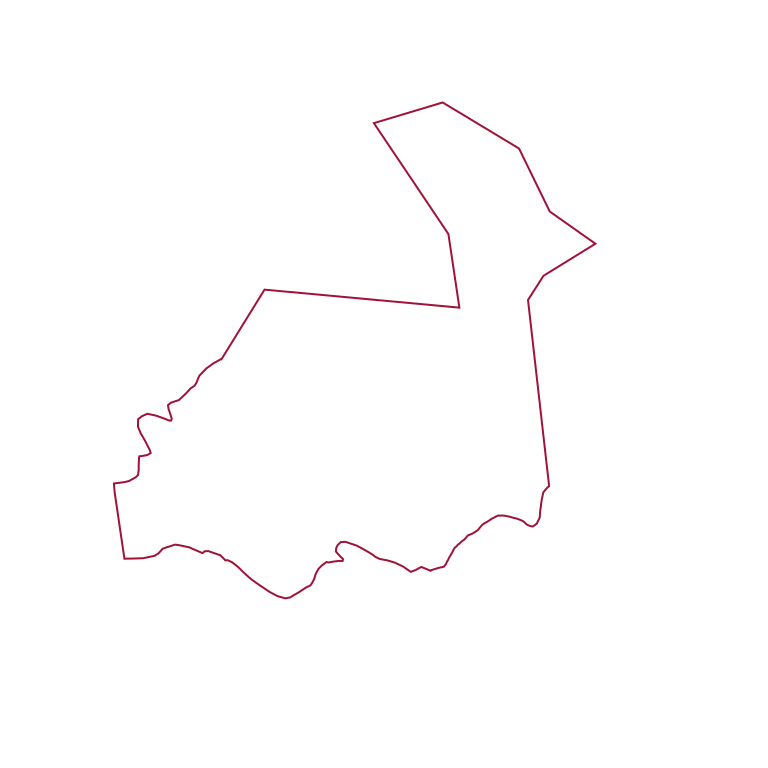 Sarot, Anse-la-Raye, Saint Lucia, rotated 298°
{"feature_id": "8701671B47130122414504", "entity_name": "Sarot", "entity_type": "district", "adm_level": 2, "iso_a3": "LCA", "parent_name": "Saint Lucia", "parent_adm1": "Anse-la-Raye", "projection": "natural_earth1", "projection_center": [-60.988, 13.942], "detail": "fine", "context": "isolated", "style": "outline", "palette": "rose", "viewbox_px": 768, "rotation_deg": 298, "n_neighbors": 0, "source": "geoboundaries", "source_scale": "gbopen_adm2", "svg_char_len": 3142}
<svg xmlns="http://www.w3.org/2000/svg" viewBox="0 0 768 768"><g transform="rotate(298 384 384)"><path d="M241.0,512.8L241.4,512.7L247.4,518.7L250.7,522.6L252.8,523.0L254.5,523.3L256.1,523.0L258.9,523.2L260.6,523.0L267.1,523.3L270.5,523.2L272.4,523.3L275.0,524.3L277.0,524.7L278.7,525.7L280.4,526.1L282.7,527.1L284.3,527.9L286.0,528.4L288.1,528.8L289.5,529.1L290.5,529.9L291.9,531.0L293.6,532.4L295.1,533.3L297.7,534.8L299.1,535.4L300.9,535.8L302.8,536.2L305.6,536.8L306.8,537.4L308.5,538.2L310.1,539.4L312.6,540.8L314.3,541.7L316.0,542.6L317.4,543.7L319.6,545.1L321.6,546.7L322.3,548.4L323.3,549.9L324.4,552.5L325.1,555.0L325.7,556.8L326.2,559.2L326.7,561.6L327.4,563.9L327.6,565.5L327.9,567.5L328.2,570.8L327.8,573.0L327.3,574.9L326.9,576.8L327.2,579.4L327.8,581.9L329.2,582.9L331.2,583.8L332.8,584.6L333.7,584.4L335.4,584.2L337.3,584.4L339.9,584.0L341.7,583.0L343.3,582.4L345.1,581.6L347.1,580.8L349.9,579.9L351.5,579.1L353.0,578.7L354.4,578.1L357.1,577.2L358.8,576.8L360.7,576.2L362.4,575.7L363.4,575.6L365.3,576.0L367.4,576.4L368.0,576.5L371.4,577.7L525.8,471.7L554.4,474.0L607.1,504.8L614.1,449.4L655.3,392.7L660.1,303.6L609.6,252.6L571.7,323.6L546.6,370.5L486.8,414.7L411.2,234.2L329.9,228.9L329.5,228.9L329.4,228.4L328.1,227.5L327.3,227.0L321.5,223.3L314.3,219.8L313.6,219.6L304.8,217.1L302.6,217.2L296.7,217.8L293.4,217.5L289.3,215.3L282.1,213.4L273.4,210.4L272.9,209.9L270.4,207.4L267.3,204.5L266.2,204.1L263.9,203.2L260.7,205.6L257.3,209.3L253.8,212.8L251.8,213.2L251.5,212.8L250.9,211.5L250.7,209.7L250.4,206.7L249.1,197.8L246.6,189.0L241.9,185.4L237.5,183.4L233.8,185.3L232.8,185.8L230.7,186.9L226.6,191.9L225.9,192.7L225.4,193.7L221.6,199.8L215.8,208.1L213.6,210.4L211.3,209.2L210.5,208.5L209.6,207.7L206.8,204.1L205.7,202.5L205.4,202.0L204.8,202.1L204.1,202.2L201.6,203.4L196.8,205.7L192.7,207.9L190.9,208.5L188.2,209.5L186.8,209.1L185.1,208.6L178.6,204.4L175.5,200.9L171.4,195.1L169.4,192.3L166.9,193.8L162.1,196.9L107.9,236.8L108.2,237.3L111.0,242.5L117.2,253.3L118.9,255.3L124.7,262.2L128.6,264.4L129.7,264.7L134.6,265.9L137.2,268.2L138.5,269.5L143.0,273.9L144.1,275.0L145.1,277.6L145.8,279.8L148.4,288.9L148.6,292.7L148.6,293.7L148.9,296.1L149.5,303.2L151.1,303.8L152.1,304.2L152.6,305.0L154.0,307.3L155.7,318.3L156.0,319.9L153.8,326.9L155.0,328.5L155.2,331.5L155.3,333.7L154.6,337.6L154.0,340.8L152.9,344.6L151.7,348.6L150.6,352.9L149.3,358.2L148.5,364.1L148.0,368.3L147.5,373.0L146.7,380.6L146.7,389.7L147.5,393.1L148.4,397.5L150.5,400.1L151.4,401.3L154.9,403.3L159.6,406.3L167.6,410.6L171.7,413.6L172.8,413.7L174.5,413.9L179.0,413.9L184.2,412.9L189.8,412.9L194.9,414.4L197.1,415.5L199.9,416.9L200.3,418.7L203.1,422.3L203.6,422.9L204.2,423.8L206.6,427.2L206.9,427.8L208.3,430.5L210.2,430.0L210.4,429.5L211.3,426.0L213.5,420.2L216.5,418.9L217.6,418.8L220.1,418.7L224.2,420.1L226.6,424.2L226.8,425.5L228.5,435.8L228.5,440.2L228.3,448.9L228.1,452.0L227.9,454.9L227.5,456.5L227.3,457.7L227.4,460.3L227.5,462.3L228.8,466.5L229.8,469.6L231.3,476.9L231.6,482.2L231.8,486.4L231.1,492.5L230.7,495.8L233.7,498.5L234.6,499.3L235.2,499.7L237.8,501.3L240.0,502.9L241.0,512.8Z" fill="none" stroke="#9f1239" stroke-width="2"/></g></svg>